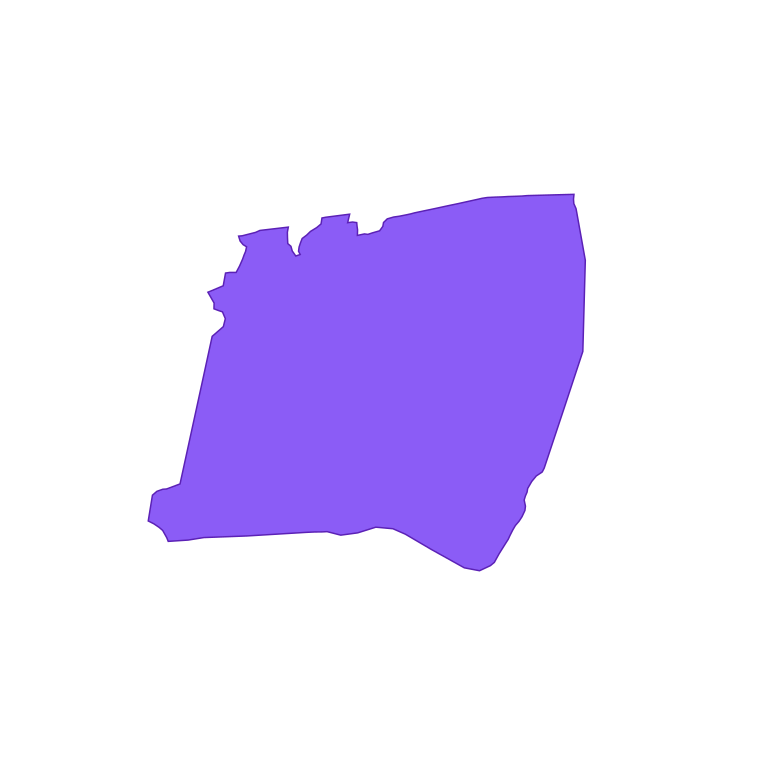 Anajatuba, Maranhão, Brazil, rotated 229°
{"feature_id": "56859067B58311324239433", "entity_name": "Anajatuba", "entity_type": "district", "adm_level": 2, "iso_a3": "BRA", "parent_name": "Brazil", "parent_adm1": "Maranhão", "projection": "natural_earth1", "projection_center": [-44.559, -3.251], "detail": "fine", "context": "isolated", "style": "filled", "palette": "violet", "viewbox_px": 768, "rotation_deg": 229, "n_neighbors": 0, "source": "geoboundaries", "source_scale": "gbopen_adm2", "svg_char_len": 1767}
<svg xmlns="http://www.w3.org/2000/svg" viewBox="0 0 768 768"><g transform="rotate(229 384 384)"><path d="M571.7,337.2L563.6,327.1L568.8,311.3L556.6,308.9L552.3,305.0L548.2,307.2L544.4,309.4L537.4,307.1L532.7,300.4L532.7,285.6L503.8,246.9L442.4,164.5L447.5,150.9L449.7,148.0L452.0,142.2L452.0,136.3L435.3,116.2L429.4,118.6L423.4,120.2L418.7,120.9L410.5,119.2L406.8,117.9L394.7,133.8L386.3,147.3L372.1,164.9L359.3,180.8L322.8,228.3L317.8,234.6L313.2,240.0L309.9,244.2L298.3,252.2L288.9,266.5L281.3,283.9L268.9,295.8L256.6,301.6L228.0,311.2L192.6,324.0L180.4,333.6L177.1,345.2L177.0,350.3L180.4,359.6L183.8,370.8L185.3,375.9L186.9,379.4L189.3,385.3L191.0,390.3L191.8,395.8L193.3,401.1L196.1,407.4L199.0,410.6L204.5,413.7L206.8,417.4L208.5,421.0L210.9,423.9L213.5,431.5L214.7,438.6L213.8,445.7L215.4,449.7L247.7,504.3L278.1,555.4L345.3,617.1L387.0,642.0L390.4,644.0L395.6,645.6L399.2,648.3L402.5,651.8L432.3,615.6L435.2,611.6L439.3,606.5L444.2,600.5L447.8,595.8L451.8,590.9L457.0,584.3L459.9,579.7L461.7,576.3L463.5,573.0L467.8,565.1L471.5,558.3L476.7,549.0L481.9,539.5L485.0,533.9L488.6,527.5L493.2,519.2L494.8,515.9L496.6,512.6L500.6,505.6L503.7,500.8L506.5,494.8L506.2,489.6L503.7,486.5L502.5,481.2L505.8,474.1L507.5,470.0L510.1,467.7L513.6,461.4L517.7,465.2L520.8,467.2L523.7,469.3L526.9,466.5L529.6,462.4L534.7,469.5L548.1,449.4L550.0,446.1L546.1,441.5L546.2,435.8L547.4,428.6L547.1,423.3L547.5,417.7L545.4,413.7L543.1,409.8L540.3,406.6L536.7,405.7L538.5,401.4L544.5,402.0L549.0,404.1L553.1,403.5L557.8,407.2L561.9,410.6L565.2,414.7L581.3,391.1L582.7,386.5L588.9,374.2L591.0,371.3L586.3,369.2L581.6,369.1L577.7,370.3L574.8,366.4L573.2,363.1L571.0,359.2L567.8,352.4L565.2,345.6L569.4,340.8L571.7,337.2Z" fill="#8b5cf6" stroke="#5b21b6" stroke-width="1.5"/></g></svg>